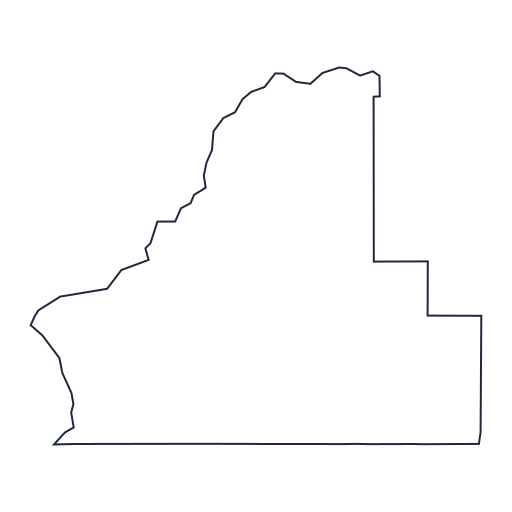 the district of Walla Walla, Washington, United States of America
{"feature_id": "52423323B20376291216469", "entity_name": "Walla Walla", "entity_type": "district", "adm_level": 2, "iso_a3": "USA", "parent_name": "United States of America", "parent_adm1": "Washington", "projection": "mercator", "projection_center": [-118.574, 46.303], "detail": "fine", "context": "isolated", "style": "outline", "palette": "slate", "viewbox_px": 512, "rotation_deg": 0, "n_neighbors": 0, "source": "geoboundaries", "source_scale": "gbopen_adm2", "svg_char_len": 1042}
<svg xmlns="http://www.w3.org/2000/svg" viewBox="0 0 512 512"><path d="M54.0,444.5L73.7,444.0L186.8,443.8L195.0,443.8L203.3,443.8L204.0,443.8L217.3,443.8L228.8,443.9L230.6,443.9L233.3,443.9L247.1,443.9L264.4,444.0L275.6,444.0L304.4,444.0L315.3,444.0L319.8,444.0L342.5,444.1L356.0,443.9L367.6,444.1L369.3,444.1L376.1,444.1L379.4,444.1L415.0,444.0L421.4,444.2L423.5,444.2L478.9,443.9L480.6,432.2L481.3,315.8L427.6,315.6L427.8,261.4L373.8,261.6L373.6,96.7L379.8,96.4L379.5,75.9L372.8,71.3L360.1,75.6L346.5,68.3L339.2,67.5L322.4,73.0L310.4,83.8L296.0,81.9L283.4,73.6L275.2,73.4L264.6,87.0L251.1,91.9L242.5,99.2L235.0,112.3L223.4,118.0L213.5,131.3L212.0,150.1L206.5,162.6L203.8,175.6L205.7,187.7L194.1,194.8L190.6,203.2L181.0,208.2L175.2,221.5L157.4,221.6L150.5,243.1L145.4,248.3L148.6,259.9L121.4,270.0L107.1,288.8L60.2,296.6L38.5,310.3L34.8,316.0L30.7,325.2L42.4,335.4L59.4,358.1L62.3,372.9L71.5,393.2L73.4,404.0L71.2,412.6L73.7,427.4L65.0,432.4L56.0,442.2L55.5,442.9L54.0,444.5L54.0,444.5Z" fill="none" stroke="#1e293b" stroke-width="2"/></svg>